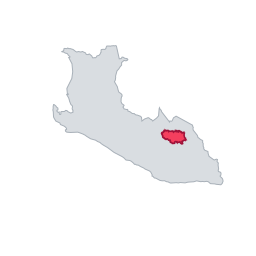 location of Manu, Madre de Dios, Peru, rotated 322°
{"feature_id": "86281439B65493313696262", "entity_name": "Manu", "entity_type": "district", "adm_level": 2, "iso_a3": "PER", "parent_name": "Peru", "parent_adm1": "Madre de Dios", "projection": "equal_earth", "projection_center": [-71.147, -12.293], "detail": "fine", "context": "in_parent", "style": "filled", "palette": "rose", "viewbox_px": 256, "rotation_deg": 322, "n_neighbors": 0, "source": "geoboundaries", "source_scale": "gbopen_adm2", "svg_char_len": 7355}
<svg xmlns="http://www.w3.org/2000/svg" viewBox="0 0 256 256"><g transform="rotate(322 128 128)"><path d="M170.1,73.2L170.1,73.9L169.4,74.3L168.7,73.8L167.8,73.9L166.4,72.3L163.2,72.5L161.7,74.5L159.5,74.9L157.1,75.8L154.5,76.2L150.2,79.4L149.3,80.7L147.4,82.5L145.8,83.2L145.0,88.9L143.5,92.2L142.9,94.1L143.7,96.8L143.7,98.2L142.9,99.3L142.2,99.4L140.7,100.6L138.6,103.1L138.2,105.1L138.9,107.6L138.7,107.9L136.9,108.4L136.9,109.8L136.6,110.4L138.1,112.4L138.9,112.9L139.0,113.5L138.8,114.0L138.5,114.2L138.4,114.7L139.5,116.2L140.3,119.2L141.9,120.7L141.9,121.7L142.4,122.7L143.2,123.4L145.1,126.5L145.2,127.9L143.2,131.1L146.5,131.1L150.1,132.2L150.6,132.7L151.0,134.2L151.1,135.2L151.8,135.9L151.7,137.7L156.5,137.8L159.5,137.3L164.5,131.9L165.3,131.4L164.9,132.6L164.8,133.5L165.1,134.4L164.5,135.7L164.4,148.9L165.3,148.2L166.5,149.5L167.3,149.5L170.1,148.0L173.2,148.3L180.6,165.5L179.9,166.7L179.9,167.6L179.0,168.3L178.1,169.7L178.1,176.5L177.3,178.6L177.7,179.7L178.1,181.8L178.8,183.1L179.0,184.0L178.9,184.3L177.9,185.0L177.8,186.3L176.0,188.7L175.6,190.3L174.9,190.9L174.8,192.7L176.5,195.7L175.4,197.5L174.4,200.2L176.0,205.8L176.7,206.6L177.4,206.6L178.5,207.0L179.1,207.9L177.8,208.9L177.5,209.4L177.6,211.2L176.2,212.6L174.2,216.1L173.7,216.3L172.7,217.3L172.5,217.9L172.7,218.4L173.5,219.4L173.6,220.7L172.2,222.3L171.2,222.4L170.8,222.9L171.2,225.0L171.2,226.0L170.9,227.1L170.2,228.4L168.1,229.7L166.2,229.9L162.9,226.7L161.9,225.4L158.7,222.6L158.2,219.8L157.1,218.4L155.1,217.3L153.6,215.8L152.4,215.2L149.5,211.9L146.8,210.9L141.8,207.5L139.2,206.4L135.7,203.2L133.9,202.3L132.4,200.8L127.8,197.7L127.1,196.7L126.4,195.1L125.4,194.2L124.3,192.0L122.6,190.8L121.0,189.1L119.0,184.6L118.0,183.6L117.9,181.5L117.3,180.6L118.2,179.9L118.8,176.7L118.5,175.1L116.2,170.9L115.7,169.1L114.0,165.8L113.4,163.8L112.0,162.4L111.5,161.1L110.7,160.6L110.7,159.1L110.1,156.2L109.4,154.7L106.7,152.0L106.4,149.1L105.8,147.0L102.0,138.7L99.8,130.7L98.0,126.2L97.2,123.6L97.1,122.3L95.7,119.9L95.0,117.7L91.9,113.5L90.2,108.9L89.9,107.5L88.7,104.9L86.7,101.6L85.8,100.3L79.9,96.1L77.2,93.6L76.8,92.3L77.0,91.6L77.6,90.9L78.4,91.4L78.9,91.2L79.3,90.3L79.3,88.9L78.8,87.1L76.9,83.7L77.4,82.1L75.4,78.1L75.9,74.2L76.3,73.2L79.1,69.2L79.9,67.5L81.1,66.5L82.3,64.9L83.8,63.7L84.2,64.1L84.7,66.2L84.6,67.6L85.0,69.2L84.0,70.6L82.9,70.3L82.5,70.7L82.3,71.3L82.5,72.4L82.8,72.9L83.6,72.9L82.5,75.0L82.6,75.4L83.4,75.8L84.1,75.2L84.9,74.1L85.4,73.9L88.2,75.9L89.6,75.7L90.6,76.6L90.7,78.1L92.1,81.0L94.3,81.7L94.6,81.4L95.1,80.4L95.6,80.2L95.7,78.6L97.5,76.9L97.8,75.7L97.5,74.9L97.5,74.2L98.6,70.4L99.0,70.0L99.3,68.8L99.7,68.1L100.3,63.8L100.8,63.8L101.3,64.8L101.9,64.6L101.6,63.6L101.6,63.3L103.7,59.9L104.3,59.1L114.2,54.4L119.1,49.6L123.4,42.9L124.7,36.0L125.2,36.5L126.1,36.3L125.8,33.6L126.0,32.3L125.9,31.9L124.6,30.2L124.0,28.4L122.9,27.4L122.9,27.0L124.2,27.4L125.3,27.2L126.3,26.1L127.0,26.2L128.6,27.8L129.8,27.9L130.2,29.0L131.3,29.8L133.0,32.2L133.7,34.7L133.7,35.2L134.4,36.6L136.0,37.2L137.6,39.1L139.3,39.7L140.0,41.4L140.5,41.9L140.7,42.9L140.4,44.1L140.7,44.7L141.9,45.7L143.0,45.7L143.2,46.2L143.8,49.0L143.4,50.5L143.5,51.2L144.9,51.9L145.3,52.5L146.4,52.7L147.9,52.1L149.9,52.9L151.3,52.6L152.0,52.4L152.7,51.8L153.3,51.8L154.8,50.0L155.2,49.8L156.8,50.6L158.2,51.9L159.9,51.6L160.5,50.9L161.8,50.4L163.9,52.0L164.4,52.7L165.0,52.8L167.4,54.3L167.8,54.9L169.0,55.5L169.3,56.0L169.2,56.5L163.7,68.1L165.4,69.1L167.0,68.5L167.8,69.3L168.4,71.1L169.7,72.4L170.1,73.2Z" fill="#d9dde1" stroke="#a8b0b8" stroke-width="1"/><path d="M151.2,152.7L151.2,153.1L151.0,153.3L150.8,153.6L150.8,154.0L150.7,154.3L150.8,154.4L150.7,154.5L150.6,155.1L150.7,155.4L150.5,155.6L150.4,155.7L150.3,155.9L150.2,155.8L150.1,156.0L149.9,156.3L149.8,156.5L149.7,156.7L149.7,157.0L150.0,157.3L150.2,157.5L150.0,157.8L150.0,158.0L150.5,158.3L150.4,158.7L150.4,159.0L150.4,159.6L150.9,159.7L150.9,159.9L151.1,160.0L151.0,160.5L151.3,160.6L151.8,160.6L152.5,160.9L152.5,161.3L152.5,161.5L152.4,161.8L152.5,162.1L152.4,162.6L152.5,162.7L152.8,162.8L153.0,162.9L153.0,163.1L153.4,163.5L153.6,163.5L153.5,163.8L153.5,164.1L153.4,164.4L153.2,164.4L153.1,164.5L152.8,164.6L152.8,164.8L152.7,164.8L152.7,165.2L152.6,165.5L152.8,165.6L153.0,165.8L153.2,166.0L153.2,166.3L153.4,166.4L153.4,166.7L153.5,166.8L153.6,167.2L153.5,167.3L153.4,167.5L153.5,167.6L153.9,167.7L153.9,167.9L154.1,168.1L154.8,168.2L154.9,168.4L155.2,168.4L155.2,168.7L155.3,168.8L155.5,168.7L155.8,168.3L155.8,168.1L156.0,168.0L156.2,167.8L156.5,167.7L156.9,167.8L157.0,168.1L157.3,168.3L157.4,168.6L157.6,168.9L157.7,169.1L157.8,169.1L157.7,169.3L157.8,169.3L157.8,169.5L158.0,169.6L158.0,169.9L158.2,169.7L158.4,169.9L158.5,169.8L158.5,169.7L158.9,170.3L159.0,170.3L159.2,170.5L159.6,170.7L159.9,170.6L160.0,170.7L160.2,170.8L160.0,171.0L160.0,171.6L160.1,171.8L160.1,172.2L160.1,172.4L160.3,172.5L160.3,173.0L160.4,173.5L160.5,173.6L161.2,174.0L161.4,174.0L161.4,173.7L161.6,173.5L161.5,173.3L161.7,172.9L161.8,172.9L162.0,172.8L162.0,172.6L162.1,172.3L162.4,172.2L162.3,171.8L162.6,171.9L162.8,171.8L163.0,171.8L163.1,172.0L163.5,172.2L163.9,172.2L164.1,172.2L164.3,172.0L164.5,172.0L164.9,172.2L165.2,172.7L165.9,172.8L166.0,172.9L166.5,173.1L166.5,172.9L166.4,172.7L166.5,172.5L166.3,172.6L166.4,172.4L166.6,171.5L166.7,171.2L166.8,170.4L166.8,170.1L166.9,169.7L167.0,169.5L167.3,169.3L167.4,169.0L167.6,168.6L167.7,168.1L168.1,167.9L168.4,167.5L168.5,167.4L168.6,167.2L169.1,167.0L169.2,166.8L169.4,166.7L169.3,166.4L169.1,166.3L169.1,166.2L168.9,166.0L169.0,165.9L168.9,165.9L168.9,165.6L168.7,165.5L168.4,165.3L168.1,165.3L168.2,165.2L167.9,165.1L167.7,164.9L167.7,164.7L167.6,164.4L167.7,164.2L167.7,163.9L167.6,163.7L167.5,163.8L167.5,163.7L167.4,163.6L167.5,163.4L167.4,163.3L167.4,163.2L167.2,162.8L167.2,162.7L167.0,162.4L166.9,162.5L166.9,162.1L166.7,162.1L166.7,161.9L166.5,161.7L166.5,161.8L166.5,161.6L166.3,161.6L166.2,161.6L166.0,161.4L165.9,161.5L165.9,161.3L165.8,161.2L165.7,161.3L165.7,161.1L165.4,161.2L165.3,161.3L165.3,161.2L165.2,161.0L165.1,160.8L165.0,160.7L164.9,160.8L164.9,160.7L164.7,160.5L164.7,160.3L164.6,160.5L164.6,160.3L164.4,160.4L164.5,160.3L164.4,160.2L164.5,160.2L164.4,160.1L164.3,159.9L164.2,159.9L164.1,160.0L164.1,159.9L164.0,160.0L164.0,159.9L163.9,159.9L163.7,159.8L163.4,159.9L163.2,159.8L163.2,159.7L163.1,159.8L163.0,159.7L162.9,159.6L162.7,159.5L162.6,159.4L162.4,159.3L162.4,159.2L162.2,159.0L161.9,159.0L161.7,159.1L161.6,158.9L161.4,158.8L161.4,158.7L161.3,158.8L161.3,158.7L161.3,158.4L161.2,158.4L161.2,158.5L161.1,158.4L161.1,158.2L160.9,157.8L161.0,157.8L160.9,157.7L161.0,157.7L160.9,157.6L160.8,157.4L160.6,157.3L160.4,157.2L160.2,157.1L160.1,157.3L159.9,157.3L159.6,157.0L159.4,156.7L159.2,156.5L158.9,156.4L158.9,156.2L158.7,156.1L158.7,155.8L158.4,155.6L158.3,155.2L158.1,155.3L158.2,155.1L158.1,154.7L158.0,154.4L157.8,154.4L157.7,154.5L157.4,154.3L157.1,154.2L156.9,154.2L156.7,154.0L156.6,153.6L156.4,153.7L156.1,153.6L156.0,153.3L156.1,153.2L156.0,152.7L155.8,153.0L155.7,152.8L155.5,152.6L155.4,152.6L155.2,152.6L155.0,152.3L154.9,152.4L154.7,152.3L154.5,152.6L154.4,152.9L154.0,152.7L153.7,153.1L153.4,153.1L153.2,152.9L153.1,153.0L153.0,152.9L152.9,153.1L152.7,153.1L152.4,153.0L152.3,152.9L152.4,152.6L151.9,152.4L151.7,152.5L151.6,152.8L151.5,152.6L151.2,152.7Z" fill="#f43f5e" stroke="#9f1239" stroke-width="1.5"/></g></svg>